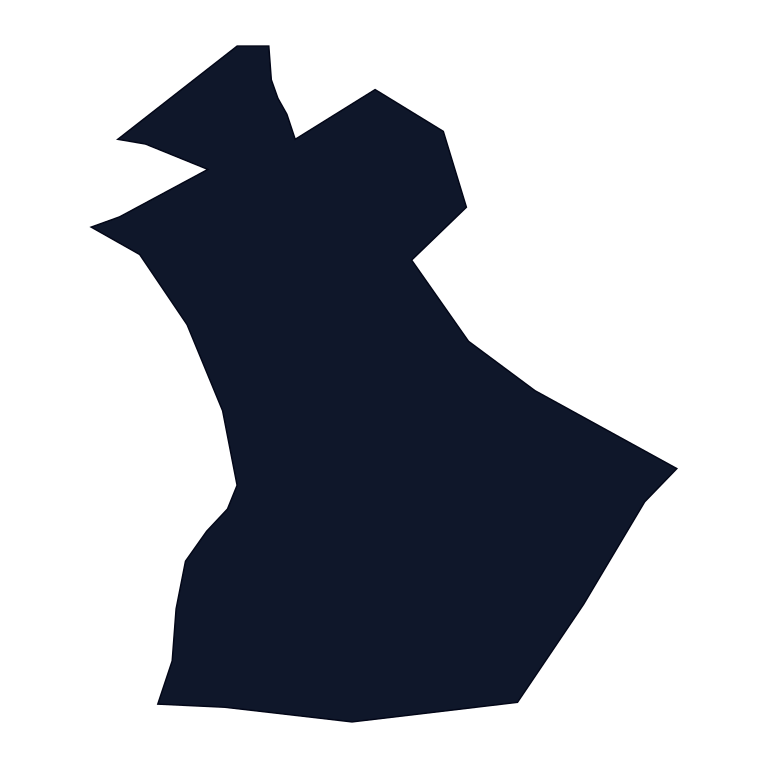 SVG path tracing the border of Tarrafal
{"feature_id": "CPV-5045", "entity_name": "Tarrafal", "entity_type": "state/province", "adm_level": 1, "iso_a3": "CPV", "parent_name": "Cabo Verde", "parent_adm1": "", "projection": "albers", "projection_center": [-23.738, 15.256], "detail": "fine", "context": "isolated", "style": "filled", "palette": "ink", "viewbox_px": 768, "rotation_deg": 0, "n_neighbors": 0, "source": "natural_earth", "source_scale": "10m", "svg_char_len": 534}
<svg xmlns="http://www.w3.org/2000/svg" viewBox="0 0 768 768"><path d="M157.8,704.1L172.2,660.9L176.1,608.9L185.5,561.2L206.7,531.2L227.5,509.0L237.1,485.3L222.6,410.7L187.1,324.7L139.7,254.5L91.2,227.1L119.5,216.9L207.9,169.4L145.4,144.0L117.8,139.3L237.1,46.1L268.8,46.1L271.3,79.7L277.9,98.3L286.9,114.3L295.2,139.3L375.1,89.6L443.3,131.4L466.4,207.2L411.6,260.1L468.5,341.3L535.0,390.7L676.8,468.6L644.7,501.8L583.6,604.3L517.5,702.3L352.0,721.9L224.4,707.2L157.8,704.1Z" fill="#0f172a" stroke="#020617" stroke-width="1.5"/></svg>